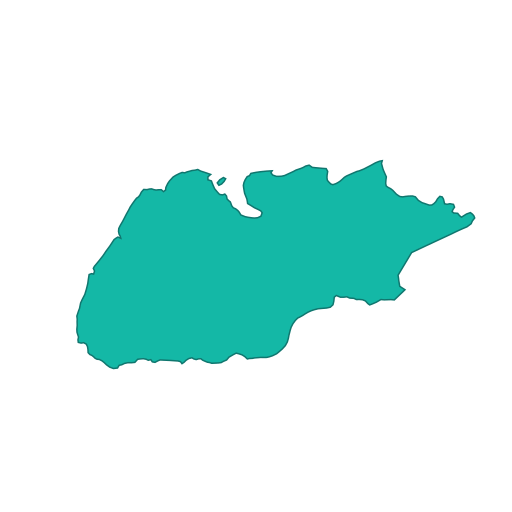 outline of Alcântara, Maranhão, Brazil, rotated 229°
{"feature_id": "56859067B30520431935021", "entity_name": "Alcântara", "entity_type": "district", "adm_level": 2, "iso_a3": "BRA", "parent_name": "Brazil", "parent_adm1": "Maranhão", "projection": "robinson", "projection_center": [-44.534, -2.392], "detail": "fine", "context": "isolated", "style": "filled", "palette": "teal", "viewbox_px": 512, "rotation_deg": 229, "n_neighbors": 0, "source": "geoboundaries", "source_scale": "gbopen_adm2", "svg_char_len": 4453}
<svg xmlns="http://www.w3.org/2000/svg" viewBox="0 0 512 512"><g transform="rotate(229 256 256)"><path d="M245.1,413.8L246.5,411.4L247.3,409.2L248.0,407.1L249.0,402.3L250.9,394.5L252.5,389.8L253.6,387.7L254.5,384.9L256.0,380.1L257.0,376.8L257.4,374.4L257.3,371.3L257.3,368.7L257.6,366.3L258.2,363.7L259.4,360.8L261.3,359.7L263.8,359.5L266.3,359.5L268.5,360.9L270.3,362.6L272.8,365.6L275.9,366.3L278.7,363.5L283.5,358.9L286.0,356.6L289.7,355.7L291.3,352.5L291.9,349.6L292.7,347.2L294.6,342.6L295.3,339.5L296.7,334.7L298.0,330.3L299.4,327.7L301.2,325.4L302.8,323.6L306.2,321.7L309.0,321.9L309.7,324.1L313.0,319.8L316.5,314.9L319.1,310.9L320.6,308.3L321.7,306.3L320.9,303.8L321.7,301.4L320.7,298.0L319.4,295.2L317.6,292.8L315.7,291.5L313.1,289.9L310.7,288.5L305.0,286.5L302.8,285.2L301.1,284.1L297.4,285.3L293.4,286.5L289.8,288.1L287.0,289.2L284.6,289.0L282.8,285.8L283.8,282.4L285.5,279.9L287.3,278.1L290.3,275.5L292.8,273.6L296.9,271.5L300.3,272.1L302.3,272.1L304.9,271.6L307.3,270.5L309.7,270.6L311.8,271.4L313.7,272.1L315.8,271.7L318.1,271.6L320.6,273.1L323.2,273.1L324.1,270.8L326.4,268.9L329.5,268.8L333.9,268.9L337.2,269.9L339.8,270.8L341.9,271.6L345.1,269.7L347.3,271.7L347.3,275.3L350.3,273.6L353.2,271.9L356.5,269.9L359.5,268.8L360.7,266.4L362.5,263.8L363.6,261.4L364.8,259.0L365.5,256.8L367.5,255.1L368.5,252.3L369.5,248.4L370.0,245.2L369.4,239.9L368.6,236.9L366.9,233.0L365.1,231.0L365.3,228.4L368.2,228.0L370.0,225.8L371.4,223.8L373.2,222.4L375.1,221.3L376.4,219.6L377.6,217.3L379.9,214.9L379.4,211.3L378.2,208.5L377.7,206.1L378.0,203.8L377.5,201.1L376.5,196.9L375.5,193.2L374.3,190.3L372.7,185.8L371.1,181.8L369.6,178.0L368.6,175.0L367.8,172.8L366.8,170.5L364.8,168.4L362.3,167.0L360.3,166.6L358.1,165.6L360.9,164.2L361.3,162.0L361.5,159.7L359.4,152.2L357.9,145.5L357.2,143.1L356.5,140.3L356.0,137.6L355.5,135.1L354.7,130.4L354.2,127.2L353.4,125.1L350.6,124.3L348.9,121.6L350.6,120.3L351.5,117.9L348.5,114.3L345.6,111.0L344.1,108.9L342.2,106.2L339.3,101.6L337.1,96.1L335.6,92.8L332.2,88.4L331.0,86.1L328.2,81.4L325.6,79.6L323.8,77.9L320.9,75.5L318.2,72.7L315.9,70.9L313.7,69.9L311.3,68.9L309.5,66.6L307.4,65.2L305.0,66.9L303.6,69.1L300.8,70.1L298.2,69.4L295.9,68.0L293.2,65.9L290.6,66.0L288.7,66.9L286.8,67.3L284.3,67.5L282.4,68.3L280.7,69.9L277.9,71.0L275.3,71.5L271.9,71.8L268.1,72.7L264.6,74.6L262.3,78.0L263.3,81.0L262.0,83.3L261.2,86.3L259.6,89.2L257.0,92.2L255.2,94.8L255.7,98.9L254.4,100.9L252.4,103.6L250.1,105.4L248.0,106.3L246.8,108.6L244.1,108.3L242.0,110.0L241.3,113.0L240.5,115.4L233.7,122.5L227.9,128.3L225.8,129.7L223.3,129.5L223.0,132.0L223.2,134.8L222.7,138.0L221.2,140.9L219.2,141.5L217.1,142.9L216.0,145.3L214.6,147.0L212.4,147.4L210.2,148.4L207.8,149.6L206.0,151.1L204.1,152.2L202.2,154.6L200.0,157.4L198.4,159.8L197.9,162.2L196.8,165.6L197.4,169.2L196.5,174.0L195.7,177.3L193.3,179.0L190.4,180.7L187.2,181.6L184.0,181.9L182.9,183.9L181.2,186.0L180.0,188.1L178.3,190.4L176.4,193.0L173.9,195.8L172.4,197.6L171.1,200.1L169.9,203.0L168.7,207.4L168.6,210.8L168.6,214.8L169.1,219.3L170.6,223.3L172.7,226.5L174.7,229.0L176.0,230.9L177.4,232.9L179.2,235.8L180.7,239.5L181.6,243.6L181.8,246.8L181.2,249.0L180.5,252.2L180.1,255.1L179.5,258.3L178.6,261.4L177.4,264.4L175.5,268.2L174.2,270.0L170.4,275.2L168.6,278.5L168.7,282.1L170.7,284.9L173.6,288.1L173.5,290.7L169.5,292.7L167.4,295.1L165.6,297.8L162.8,299.1L159.8,302.1L157.3,303.2L155.4,305.5L153.1,307.7L150.3,309.1L146.7,309.2L144.5,309.7L143.5,312.4L142.2,316.5L141.2,321.7L138.8,324.0L136.8,326.5L134.6,329.2L132.1,331.6L132.8,346.3L138.8,344.6L143.6,347.5L145.6,348.9L148.3,350.6L156.5,375.7L154.1,384.3L152.9,388.5L152.1,391.4L151.0,395.1L150.0,398.7L144.5,417.8L143.5,421.6L142.1,426.5L141.0,430.1L139.6,434.4L139.2,439.5L140.5,442.3L141.2,446.0L143.5,446.8L145.6,446.8L148.1,446.3L149.6,442.4L150.5,436.5L153.1,436.1L155.9,436.2L158.8,433.4L160.8,433.1L161.8,435.0L162.6,437.9L165.4,438.9L168.2,436.7L169.7,434.1L171.7,432.6L175.9,434.8L178.4,435.3L180.4,433.9L180.1,430.6L179.0,427.3L178.8,424.5L179.2,422.0L180.8,420.1L185.5,417.4L187.3,416.3L191.5,415.0L196.1,415.1L198.6,413.5L201.0,410.6L202.7,408.2L204.4,405.5L206.5,403.6L208.6,403.0L210.5,402.5L215.8,402.3L218.4,401.8L221.4,400.6L223.4,400.2L225.7,401.5L228.2,404.0L230.2,406.3L234.2,407.5L237.0,408.4L238.8,409.1L240.6,410.0L243.5,411.4L245.1,413.8ZM336.6,282.9L337.3,278.7L336.6,274.7L333.7,274.4L332.9,277.3L333.2,280.8L334.2,283.8L336.6,282.9Z" fill="#14b8a6" stroke="#0f766e" stroke-width="1.5"/></g></svg>